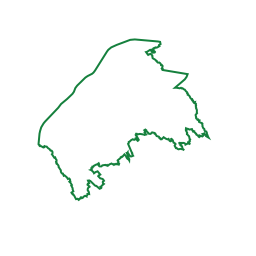 Kota Bandung, Jawa Barat, Indonesia (Natural Earth projection), rotated 127°
{"feature_id": "22746128B71762235135177", "entity_name": "Kota Bandung", "entity_type": "district", "adm_level": 2, "iso_a3": "IDN", "parent_name": "Indonesia", "parent_adm1": "Jawa Barat", "projection": "natural_earth1", "projection_center": [107.64, -6.903], "detail": "fine", "context": "isolated", "style": "outline", "palette": "green", "viewbox_px": 256, "rotation_deg": 127, "n_neighbors": 0, "source": "geoboundaries", "source_scale": "gbopen_adm2", "svg_char_len": 5787}
<svg xmlns="http://www.w3.org/2000/svg" viewBox="0 0 256 256"><g transform="rotate(127 128 128)"><path d="M115.2,77.7L114.7,77.3L114.9,76.0L114.6,74.8L113.1,73.6L112.0,71.1L111.9,69.7L111.7,72.0L110.1,73.8L110.3,74.3L110.1,75.1L110.2,75.7L109.5,75.9L109.2,76.2L109.5,77.5L109.1,78.0L108.6,77.7L108.3,76.8L107.8,76.4L107.8,75.7L106.8,75.2L106.3,74.3L106.1,73.4L106.2,72.7L106.7,72.1L105.0,71.3L104.5,70.8L103.6,71.2L103.8,68.6L103.1,69.9L102.2,70.9L101.2,70.7L100.9,71.4L99.7,71.5L99.6,72.3L97.9,74.2L97.7,75.8L97.3,76.7L97.5,77.2L96.6,77.9L96.2,77.9L95.3,79.9L94.9,79.8L94.7,80.5L94.3,80.4L93.7,81.3L93.3,81.5L93.2,80.8L92.6,79.6L92.3,78.0L90.4,76.3L91.2,75.2L90.9,73.8L91.6,74.0L91.7,73.8L91.3,73.5L91.3,71.6L91.6,71.2L91.5,70.1L92.1,69.6L92.0,67.4L92.4,66.4L92.4,64.8L91.8,67.3L91.0,66.7L91.1,66.3L90.6,65.4L90.7,64.8L90.2,64.4L89.9,63.5L88.0,63.2L87.9,64.8L86.4,63.8L86.9,62.6L86.7,61.1L86.8,60.7L87.5,60.6L87.2,57.9L86.7,59.0L86.9,59.6L86.1,59.8L85.0,61.7L84.4,62.1L84.0,63.1L83.7,63.3L83.8,63.7L84.3,64.4L83.7,65.7L83.0,66.2L82.8,66.8L82.9,67.6L81.9,69.5L81.0,70.1L80.7,70.7L79.7,71.2L79.6,72.1L79.8,72.3L80.4,74.9L80.1,75.3L78.9,75.5L79.2,76.2L79.0,76.8L79.5,76.9L79.7,77.4L79.3,78.2L79.3,79.3L78.7,79.6L78.5,80.2L77.8,80.6L77.5,81.3L76.8,81.9L74.5,81.8L74.1,82.5L72.8,83.3L71.7,84.4L71.5,85.3L70.6,85.9L70.3,86.6L69.1,87.1L68.9,87.8L67.9,88.1L67.7,88.7L68.1,89.9L67.1,90.2L68.0,90.9L68.0,91.3L67.0,92.4L67.4,92.9L67.2,93.6L66.8,93.6L66.3,94.2L66.7,94.9L66.4,96.5L65.7,97.5L65.3,98.8L65.5,100.3L64.8,100.5L64.7,101.6L64.2,101.7L63.9,102.3L63.8,103.8L63.2,105.7L63.5,106.7L63.4,107.8L63.5,108.5L64.0,108.7L64.0,109.9L65.1,110.5L66.6,113.4L67.6,114.7L54.9,111.9L51.9,112.0L49.1,112.8L60.9,135.4L60.3,136.6L59.7,136.1L58.9,137.3L57.7,137.6L57.3,139.0L57.8,139.5L57.4,139.8L56.9,141.3L56.9,142.5L57.3,142.8L57.8,143.6L57.6,144.9L57.2,145.4L57.4,145.7L57.2,145.9L57.1,147.5L57.4,150.3L56.1,151.8L55.8,151.8L55.5,152.2L55.2,153.4L55.3,154.7L56.1,155.0L56.3,155.5L57.5,155.9L57.4,156.4L56.5,159.3L55.6,158.6L52.3,157.4L51.8,156.8L52.6,155.5L53.1,154.0L53.0,153.7L52.3,153.6L52.4,153.0L52.1,152.8L51.5,152.8L51.5,152.2L51.0,152.2L50.9,152.4L50.8,153.8L51.3,154.5L50.8,156.0L49.1,155.0L48.9,155.5L48.4,155.3L47.0,154.4L47.1,154.0L46.0,153.1L43.8,152.2L43.6,153.0L43.2,153.2L41.4,152.5L39.9,154.2L40.9,156.2L53.2,175.9L56.3,179.3L68.4,187.0L73.7,189.9L77.4,190.8L79.5,190.8L102.0,188.9L104.5,188.9L106.3,189.3L110.8,191.5L113.4,192.4L124.7,194.1L127.8,194.1L131.6,193.0L134.2,192.9L141.5,194.1L149.1,195.9L153.8,195.9L172.8,198.1L175.1,198.2L179.7,197.7L183.3,196.4L185.7,195.3L194.8,189.7L195.0,189.3L194.8,188.3L195.4,188.0L195.5,187.4L194.8,186.5L194.5,183.9L194.0,183.5L193.4,184.0L192.7,183.8L192.7,183.2L191.8,181.7L192.2,179.9L192.1,177.8L192.6,176.6L192.5,175.8L192.1,175.5L192.2,174.7L192.5,174.0L193.4,173.2L194.4,172.8L194.8,172.9L196.1,168.9L195.3,168.5L196.4,166.6L196.5,165.9L197.3,165.2L198.0,165.1L198.2,164.8L198.4,165.0L199.3,164.0L199.5,163.6L199.2,163.4L199.8,161.1L200.4,160.2L200.9,160.0L202.2,156.2L203.3,155.3L203.8,154.4L204.0,153.1L203.6,152.5L204.8,150.6L204.0,150.2L204.2,147.2L204.9,145.3L203.8,144.7L203.9,144.3L203.8,144.0L204.2,143.1L204.7,142.9L205.2,142.0L206.2,142.4L206.4,140.8L207.3,138.5L208.1,138.7L209.4,136.0L210.3,135.3L211.5,133.5L213.6,134.3L213.9,133.8L214.3,132.2L213.9,132.0L214.4,130.3L216.1,126.7L214.9,125.7L215.1,124.1L214.7,124.0L214.2,124.4L213.1,123.6L212.8,123.9L211.8,124.0L211.4,123.5L211.6,122.5L210.9,122.1L209.5,122.1L207.9,121.4L207.6,119.9L207.2,120.2L205.4,120.2L205.0,120.7L204.6,120.4L204.1,119.3L202.8,120.6L202.2,121.8L202.2,122.4L201.7,123.0L200.4,123.7L198.6,123.7L198.2,123.3L197.9,123.4L197.7,126.2L196.8,126.5L195.5,125.8L194.1,128.3L193.2,127.4L193.0,126.1L193.8,119.9L193.7,119.0L193.3,118.5L193.6,114.1L192.2,113.3L191.8,113.3L191.4,114.5L190.8,114.0L190.0,114.3L187.2,113.6L187.2,114.7L186.4,115.6L185.9,115.8L184.6,115.4L184.1,116.7L184.0,117.7L184.9,119.9L184.4,122.8L183.7,122.9L181.9,122.1L180.9,126.2L182.6,127.3L184.6,127.9L184.1,128.8L183.7,131.7L183.9,132.5L183.3,132.1L182.7,132.1L182.2,133.1L180.9,132.5L180.3,133.2L179.4,132.4L178.7,132.5L176.4,131.4L175.3,130.6L173.8,130.2L174.3,129.2L175.5,129.1L175.8,127.9L175.6,127.3L174.6,126.1L173.3,126.0L171.6,124.4L171.4,123.9L170.9,123.6L170.9,122.7L170.1,122.4L170.3,121.4L168.2,120.9L166.3,119.8L166.2,118.6L166.0,117.7L165.6,117.6L165.8,117.0L164.4,116.6L164.3,115.7L162.8,115.2L163.2,114.2L162.8,113.3L161.8,113.6L161.7,114.8L160.7,115.3L160.3,116.7L160.0,116.8L156.5,115.9L156.0,116.0L155.8,116.2L154.9,115.9L154.8,115.4L154.4,115.2L151.2,115.0L151.9,111.9L152.4,111.6L152.9,110.0L152.9,109.3L152.5,109.0L153.1,107.6L152.2,108.2L151.0,110.4L150.1,111.3L148.7,114.0L148.2,113.6L147.7,113.6L148.2,113.2L148.1,112.6L148.9,110.6L149.2,109.0L148.6,108.1L147.1,107.2L146.7,108.2L146.0,109.3L145.8,109.2L145.5,109.5L144.9,111.0L140.6,118.4L139.8,118.3L138.7,119.0L137.8,118.5L135.8,118.2L134.1,117.4L133.8,116.0L132.9,115.4L131.7,115.8L130.8,115.1L132.3,113.4L132.4,112.5L131.6,112.3L131.0,112.3L129.3,116.2L129.3,117.1L129.1,117.4L128.8,117.1L127.7,118.0L127.3,117.5L127.5,116.7L125.5,114.9L123.5,111.0L123.6,110.7L122.4,109.7L121.9,110.6L121.8,111.2L121.5,111.5L121.4,112.2L120.1,112.0L119.9,113.6L118.8,113.2L118.8,112.0L119.4,111.3L119.7,108.8L119.8,108.5L120.2,108.4L119.4,106.7L118.2,106.1L117.6,106.3L117.0,106.1L116.0,103.9L116.2,103.7L116.1,103.2L116.4,103.1L116.2,102.6L116.6,102.3L116.7,101.3L117.2,100.3L116.4,98.2L116.5,97.7L117.1,97.0L116.7,96.1L117.4,95.3L117.3,95.0L116.7,94.3L113.9,94.0L113.8,91.5L113.3,89.6L112.3,89.1L113.1,87.5L113.2,86.6L113.1,86.1L112.1,85.6L111.3,86.2L110.9,86.9L110.5,86.7L110.8,84.9L112.3,82.8L112.0,81.7L112.1,80.5L112.6,80.2L113.4,80.3L114.1,80.1L115.2,77.7Z" fill="none" stroke="#15803d" stroke-width="2"/></g></svg>